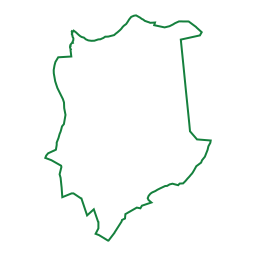 Jos East, Plateau, Nigeria (Robinson projection)
{"feature_id": "59680162B89640587380951", "entity_name": "Jos East", "entity_type": "district", "adm_level": 2, "iso_a3": "NGA", "parent_name": "Nigeria", "parent_adm1": "Plateau", "projection": "robinson", "projection_center": [9.087, 9.867], "detail": "fine", "context": "isolated", "style": "outline", "palette": "green", "viewbox_px": 256, "rotation_deg": 0, "n_neighbors": 0, "source": "geoboundaries", "source_scale": "gbopen_adm2", "svg_char_len": 2255}
<svg xmlns="http://www.w3.org/2000/svg" viewBox="0 0 256 256"><path d="M210.7,140.5L197.0,139.4L190.0,131.3L189.2,122.8L186.0,91.5L183.6,67.3L180.8,39.6L199.9,35.4L201.7,32.2L196.4,27.4L196.1,27.0L188.7,21.5L179.0,21.4L175.0,23.2L172.9,24.5L169.5,26.2L164.6,27.4L154.2,25.2L155.0,22.5L152.4,22.7L150.2,22.8L149.3,22.4L146.9,21.6L144.7,20.8L143.4,19.7L141.6,18.8L140.2,17.7L138.6,16.8L136.1,15.4L134.0,15.7L131.2,16.9L129.1,19.5L128.2,21.0L127.3,22.4L126.2,24.0L123.8,25.8L123.3,26.3L122.2,27.5L121.7,28.3L120.9,29.2L119.9,30.2L117.5,32.3L115.8,33.6L114.1,35.1L109.8,36.2L109.4,36.3L108.2,36.6L105.4,36.7L105.2,36.7L103.3,38.0L102.3,38.4L100.3,39.3L98.3,39.4L94.4,40.7L91.5,40.8L91.4,40.8L88.3,40.4L85.8,39.3L83.9,37.6L81.7,37.0L80.3,36.2L78.7,34.9L75.9,32.3L73.6,30.6L73.1,31.2L72.7,31.3L72.2,31.4L71.9,31.2L71.7,31.6L71.9,32.3L72.4,32.7L72.1,33.4L71.8,33.9L71.9,34.6L72.4,35.1L72.5,36.3L72.7,37.1L73.1,37.6L73.4,38.5L73.2,40.7L72.6,41.5L72.7,42.2L72.9,42.8L72.4,42.9L71.9,43.0L71.4,43.6L70.9,44.2L70.5,44.7L70.6,45.6L70.2,45.7L70.1,46.4L70.3,46.7L70.0,47.1L70.2,48.1L70.6,48.8L70.9,49.4L70.5,49.8L71.3,56.5L69.8,56.6L58.2,57.3L55.4,62.0L54.5,65.4L53.7,70.0L53.8,73.4L55.2,81.3L56.3,84.7L56.5,85.3L57.4,88.0L60.7,94.7L62.9,99.1L64.0,102.5L64.2,108.1L65.5,114.9L64.7,119.5L63.9,124.1L62.0,126.4L61.1,129.9L60.5,131.9L59.6,134.0L58.5,138.0L56.7,142.6L56.7,144.9L55.9,149.7L48.1,153.3L46.2,155.6L45.3,157.9L51.4,160.2L61.1,165.7L61.4,167.0L59.6,174.3L60.6,177.8L61.4,185.6L61.6,187.3L62.3,197.2L71.6,193.4L73.5,193.4L80.7,198.2L80.8,198.2L81.4,198.4L87.1,215.4L93.8,209.3L98.1,221.8L98.4,222.0L98.4,228.4L95.6,233.8L99.0,235.1L108.0,240.6L108.5,240.6L114.5,232.8L114.5,232.6L121.6,221.5L122.0,220.0L125.0,218.5L125.4,214.1L136.8,207.6L140.4,208.3L141.9,205.7L151.4,202.5L148.6,200.1L147.7,198.2L148.6,195.9L149.3,195.0L150.5,193.6L152.4,192.3L153.2,192.0L155.4,191.0L157.3,189.8L160.1,188.4L165.2,186.0L167.1,185.9L169.6,184.4L172.5,183.7L174.7,184.3L178.2,185.2L179.6,183.6L183.1,183.4L185.4,181.1L187.5,178.6L189.2,176.8L191.2,174.4L191.9,173.7L192.8,172.4L194.1,170.2L196.3,166.2L198.2,164.8L201.1,162.6L201.5,161.6L202.0,160.3L204.9,156.7L206.1,153.6L207.6,149.8L208.4,146.3L210.3,142.8L210.7,140.5Z" fill="none" stroke="#15803d" stroke-width="2"/></svg>